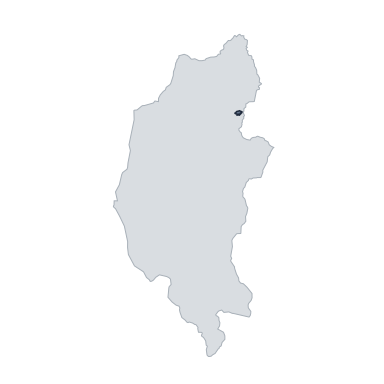 location of Tes, Dzavhan, Mongolia, rotated 96°
{"feature_id": "93677404B51014704481804", "entity_name": "Tes", "entity_type": "district", "adm_level": 2, "iso_a3": "MNG", "parent_name": "Mongolia", "parent_adm1": "Dzavhan", "projection": "orthographic", "projection_center": [95.652, 49.605], "detail": "fine", "context": "in_parent", "style": "filled", "palette": "slate", "viewbox_px": 384, "rotation_deg": 96, "n_neighbors": 0, "source": "geoboundaries", "source_scale": "gbopen_adm2", "svg_char_len": 4458}
<svg xmlns="http://www.w3.org/2000/svg" viewBox="0 0 384 384"><g transform="rotate(96 192 192)"><path d="M31.3,156.7L32.5,156.8L34.4,155.6L34.8,153.7L35.5,152.7L39.8,152.6L41.7,153.4L42.2,152.2L42.5,152.1L43.5,153.2L44.5,152.8L45.3,152.4L46.0,151.0L47.5,151.4L50.1,150.0L50.3,147.2L51.3,146.6L53.6,146.2L54.0,144.9L54.5,144.6L56.1,144.4L59.1,143.1L60.4,143.1L61.5,141.9L64.2,140.4L68.0,139.8L68.3,139.0L71.9,136.6L75.7,136.6L76.8,134.4L77.3,134.2L79.8,137.0L80.9,136.7L81.3,135.7L82.9,135.8L83.5,137.7L84.4,138.5L95.4,139.5L95.7,140.2L96.3,144.6L98.3,146.6L98.8,147.6L101.9,147.4L103.6,149.0L106.3,148.9L107.7,149.4L110.3,147.9L110.9,147.9L111.7,148.7L113.0,148.1L115.4,149.5L117.3,149.2L118.2,149.8L119.3,149.3L122.0,149.7L124.2,152.0L125.7,151.8L127.4,150.2L127.9,149.2L130.4,148.5L131.9,147.5L132.8,146.5L134.1,143.0L134.3,139.5L133.0,139.0L131.8,137.9L131.1,136.0L131.0,134.7L129.7,132.8L129.8,131.8L130.4,130.0L130.7,127.2L131.5,125.7L133.2,124.8L133.3,123.7L134.3,121.5L137.0,120.1L138.4,117.7L139.1,115.3L140.5,116.4L144.1,118.0L147.0,118.6L149.0,120.3L154.2,120.4L163.0,123.9L164.8,123.6L170.1,124.9L170.5,125.4L170.8,128.6L171.2,129.4L171.7,132.7L172.9,134.3L172.8,136.3L173.3,136.9L174.6,137.1L176.8,139.0L181.6,140.0L183.1,141.2L186.4,141.8L187.9,141.1L190.6,141.1L191.6,140.8L193.1,139.0L194.1,138.4L199.9,136.4L201.4,135.1L202.5,134.8L207.4,135.2L210.8,136.2L215.5,135.4L218.0,136.9L219.2,138.4L221.2,139.5L227.9,139.1L228.2,139.4L228.7,142.9L229.1,143.4L234.0,146.6L236.1,147.3L242.1,146.1L251.8,146.8L253.9,145.6L256.1,146.4L256.8,146.2L262.1,141.8L263.1,141.8L269.0,139.2L272.6,136.7L275.5,136.1L277.5,134.2L277.9,131.3L281.0,127.3L286.7,121.7L291.0,121.2L293.7,121.9L297.0,124.1L298.6,124.4L301.3,123.9L304.6,121.0L306.7,120.9L308.8,121.2L310.4,122.2L308.4,138.4L308.5,139.2L307.4,142.8L308.4,147.7L306.3,150.1L307.4,152.7L308.2,153.6L311.6,155.6L312.5,155.0L312.9,153.6L314.1,152.2L316.9,151.7L319.1,150.6L322.3,150.6L325.6,152.1L328.2,146.0L331.6,144.3L335.1,143.9L338.5,146.4L342.0,146.9L343.3,148.5L344.8,148.8L345.4,149.6L350.2,152.2L351.7,154.4L353.3,155.8L353.8,157.6L353.8,158.6L352.6,160.0L347.3,161.3L343.7,160.6L342.8,161.9L338.7,162.8L336.7,164.3L335.3,165.5L334.7,166.9L334.1,167.4L333.4,167.6L331.9,167.0L330.9,167.3L330.6,167.7L330.8,170.9L327.3,172.0L326.0,171.9L323.5,174.2L323.4,175.5L322.3,177.6L321.6,181.1L322.3,182.3L322.1,183.3L319.9,185.7L318.0,188.9L313.0,191.3L310.6,192.1L308.6,192.0L306.9,192.9L306.2,196.0L303.5,200.3L299.2,204.9L289.7,205.0L288.5,204.8L286.2,203.1L280.9,204.3L279.6,206.0L278.7,208.4L277.8,215.7L280.6,219.1L283.6,221.1L284.9,222.7L285.3,224.2L283.7,225.3L281.8,228.3L276.5,231.8L271.5,241.5L260.9,248.7L253.8,250.3L248.1,250.8L233.0,255.7L223.6,261.5L216.6,266.3L215.2,268.3L214.4,268.7L213.0,268.2L208.9,268.5L208.6,265.2L199.9,268.1L192.4,265.0L182.0,263.7L179.9,263.0L176.1,259.0L174.2,258.6L169.7,258.7L157.2,257.6L151.6,259.6L126.2,257.1L117.1,258.3L116.7,257.9L116.1,255.2L111.8,251.0L111.2,250.0L111.0,248.4L107.5,239.7L105.4,238.4L105.6,234.8L102.4,235.1L98.7,233.7L95.0,231.1L93.2,229.1L90.6,228.6L87.5,225.1L86.0,224.4L78.2,222.8L74.3,223.0L70.1,221.9L65.3,221.6L63.8,220.8L62.4,220.8L59.7,219.1L57.9,219.3L55.9,214.2L56.6,211.1L57.6,209.3L59.9,206.7L59.9,205.7L59.2,203.1L60.7,198.7L60.4,195.9L59.4,192.7L57.9,191.9L55.9,187.5L55.4,184.1L54.6,181.7L52.3,180.2L51.7,178.1L51.0,178.0L50.5,178.6L49.1,178.7L47.8,177.4L47.1,175.9L46.3,175.4L44.8,175.4L43.4,175.9L42.0,175.4L40.8,174.0L37.5,171.7L37.5,170.2L37.1,169.2L36.1,168.8L35.2,167.7L32.0,166.1L32.0,165.3L33.0,163.9L30.9,162.3L30.2,160.9L31.6,159.2L31.2,158.0L31.3,156.7Z" fill="#d9dde1" stroke="#a8b0b8" stroke-width="1"/><path d="M106.7,151.8L106.6,152.2L106.2,153.3L106.6,154.1L106.9,154.7L107.0,155.3L107.1,155.7L107.6,156.2L108.0,156.5L108.4,156.6L108.7,156.9L109.1,157.5L109.4,157.3L109.9,155.7L110.3,155.1L109.9,154.9L109.9,154.3L110.4,154.4L110.7,154.6L110.5,153.8L110.6,153.2L110.6,152.8L110.4,152.8L110.2,152.9L110.2,153.0L109.9,153.2L109.9,153.3L109.7,153.3L109.7,153.2L109.6,152.9L109.6,152.7L109.7,152.4L109.6,152.2L109.4,152.0L109.4,151.9L109.2,151.9L109.2,152.0L108.9,152.1L108.7,152.1L108.7,151.9L108.5,151.7L108.4,151.7L108.2,151.5L108.2,151.4L108.3,151.3L108.3,151.2L108.2,151.2L107.9,151.1L107.9,150.9L107.7,150.9L107.7,151.0L107.7,150.9L107.4,150.8L107.4,150.7L107.5,150.7L107.4,150.7L107.4,150.8L107.3,150.7L107.2,150.6L106.8,151.2L106.7,151.8Z" fill="#64748b" stroke="#1e293b" stroke-width="1.5"/></g></svg>